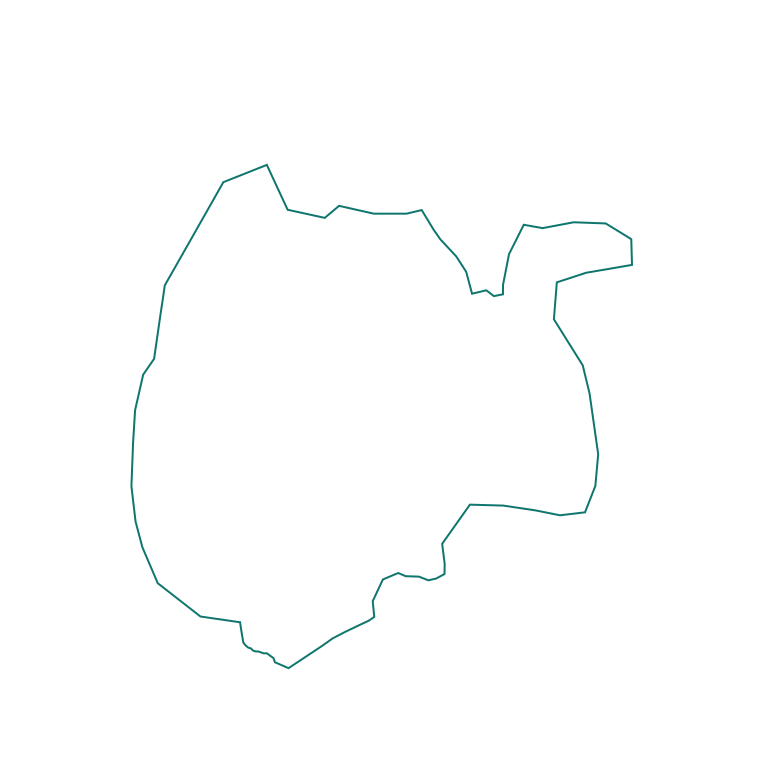 outline of Ussa, Taraba, Nigeria, rotated 163°
{"feature_id": "59680162B61170702756328", "entity_name": "Ussa", "entity_type": "district", "adm_level": 2, "iso_a3": "NGA", "parent_name": "Nigeria", "parent_adm1": "Taraba", "projection": "robinson", "projection_center": [10.057, 7.125], "detail": "fine", "context": "isolated", "style": "outline", "palette": "teal", "viewbox_px": 768, "rotation_deg": 163, "n_neighbors": 0, "source": "geoboundaries", "source_scale": "gbopen_adm2", "svg_char_len": 1222}
<svg xmlns="http://www.w3.org/2000/svg" viewBox="0 0 768 768"><g transform="rotate(163 384 384)"><path d="M478.6,624.0L526.2,578.9L564.8,542.4L571.1,529.0L573.1,524.9L578.0,514.6L596.5,475.3L611.6,463.3L629.7,431.7L641.5,400.2L644.9,390.3L655.4,360.2L661.8,325.1L662.8,298.4L658.6,259.6L627.5,215.3L591.7,198.4L591.3,198.3L592.9,187.5L594.1,177.9L592.8,174.5L590.9,171.6L588.6,170.1L587.2,167.4L584.9,165.7L582.4,165.0L577.8,161.6L574.7,160.7L572.0,157.0L569.8,154.2L569.7,149.8L558.4,140.2L542.1,145.0L519.3,151.8L507.3,155.8L493.0,158.4L477.1,160.8L467.9,162.1L461.4,164.1L458.3,179.6L442.2,197.4L425.7,199.1L419.5,193.9L407.0,189.6L404.4,187.6L399.0,183.3L391.0,182.7L381.7,184.6L378.6,194.1L375.1,214.2L354.2,230.3L337.1,243.5L328.8,240.7L305.6,232.9L276.0,218.8L254.1,207.0L229.3,202.5L211.7,224.7L199.7,254.2L190.2,314.9L188.5,343.7L202.6,396.2L189.0,430.7L158.3,431.3L112.0,425.4L105.2,450.2L125.0,472.7L155.3,483.2L186.8,486.7L203.8,495.4L226.5,471.6L241.2,444.0L244.0,435.0L253.2,435.9L258.8,443.7L273.4,444.6L272.6,467.2L277.6,484.9L287.8,505.8L291.5,517.3L297.1,539.3L312.6,540.3L343.8,549.8L374.9,567.5L392.1,560.2L425.2,578.8L432.0,627.8L478.6,624.0Z" fill="none" stroke="#0f766e" stroke-width="2"/></g></svg>